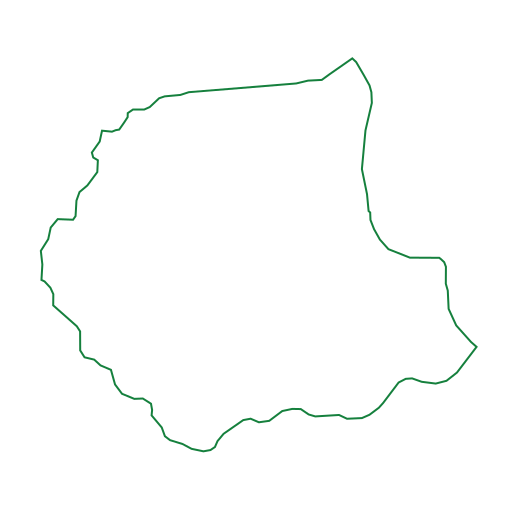 outline of Cabricán, Quezaltenango, Guatemala, rotated 357°
{"feature_id": "79465075B20493832744336", "entity_name": "Cabricán", "entity_type": "district", "adm_level": 2, "iso_a3": "GTM", "parent_name": "Guatemala", "parent_adm1": "Quezaltenango", "projection": "albers", "projection_center": [-91.651, 15.106], "detail": "fine", "context": "isolated", "style": "outline", "palette": "green", "viewbox_px": 512, "rotation_deg": 357, "n_neighbors": 0, "source": "geoboundaries", "source_scale": "gbopen_adm2", "svg_char_len": 1486}
<svg xmlns="http://www.w3.org/2000/svg" viewBox="0 0 512 512"><g transform="rotate(357 256 256)"><path d="M471.5,358.3L466.2,353.1L459.7,345.0L452.3,335.8L445.6,318.9L445.7,300.6L444.1,293.6L445.1,276.7L443.6,272.0L440.6,268.9L438.9,267.4L409.6,265.7L388.6,256.1L380.6,246.1L375.3,235.4L372.2,226.0L372.3,218.5L370.8,217.0L370.1,200.1L366.3,174.8L371.9,136.3L379.7,109.2L379.8,98.5L378.3,91.6L373.1,81.0L366.2,67.6L362.5,63.7L339.5,78.0L330.9,83.6L317.1,83.6L305.2,85.8L197.5,88.9L188.9,91.2L173.2,91.8L167.5,93.4L157.7,101.7L152.0,103.9L140.8,103.3L135.4,106.6L135.1,110.6L131.3,115.8L129.6,118.0L126.0,122.6L122.5,123.0L118.7,124.3L108.8,122.8L105.9,133.5L97.5,144.1L98.6,149.1L103.1,152.1L101.9,163.9L91.3,176.7L83.1,182.9L79.6,191.3L77.9,206.7L75.2,210.2L59.9,208.8L52.5,216.8L49.4,228.3L41.4,239.6L42.2,253.3L40.5,268.7L43.5,270.3L49.0,276.9L51.6,283.5L50.9,294.7L73.4,316.8L76.4,322.1L75.5,341.1L79.5,348.2L89.0,351.0L95.0,357.1L105.2,362.1L108.5,376.9L115.0,386.6L127.0,392.3L135.5,392.4L143.4,398.0L144.2,404.3L143.4,409.7L152.9,422.3L155.6,431.2L160.5,435.4L172.8,439.9L181.6,445.2L193.3,448.3L200.4,447.4L205.0,444.6L207.9,438.8L214.4,431.8L234.7,419.2L242.1,418.2L250.2,422.2L260.6,421.3L274.1,412.2L284.2,410.6L292.7,411.2L300.3,417.0L306.8,419.3L330.6,419.1L338.4,423.3L353.3,423.4L361.0,420.5L370.7,414.0L375.2,409.5L391.8,389.8L399.1,386.5L405.5,386.4L414.9,390.3L428.8,392.8L439.7,390.6L450.6,382.9L471.5,358.3Z" fill="none" stroke="#15803d" stroke-width="2"/></g></svg>